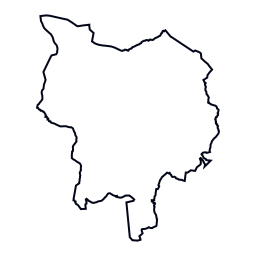 outline of Toro, Bauchi, Nigeria
{"feature_id": "59680162B15165581574851", "entity_name": "Toro", "entity_type": "district", "adm_level": 2, "iso_a3": "NGA", "parent_name": "Nigeria", "parent_adm1": "Bauchi", "projection": "natural_earth1", "projection_center": [9.239, 10.35], "detail": "fine", "context": "isolated", "style": "outline", "palette": "ink", "viewbox_px": 256, "rotation_deg": 0, "n_neighbors": 0, "source": "geoboundaries", "source_scale": "gbopen_adm2", "svg_char_len": 5658}
<svg xmlns="http://www.w3.org/2000/svg" viewBox="0 0 256 256"><path d="M50.4,121.3L50.6,121.5L50.8,122.4L51.3,122.7L54.2,123.5L56.2,124.5L56.8,124.8L60.3,126.4L65.8,126.2L69.5,127.3L71.0,127.2L71.8,127.6L72.9,128.4L74.2,131.8L75.0,133.0L75.4,135.2L76.6,137.3L76.3,140.3L76.4,141.6L73.6,145.2L72.9,146.5L73.0,150.4L72.7,151.3L72.1,151.5L72.1,152.2L71.8,155.2L71.9,158.2L73.4,159.4L74.9,160.2L77.6,162.2L78.7,162.6L79.1,163.0L80.2,163.8L81.1,165.9L80.8,168.1L80.9,170.3L79.8,172.5L79.9,174.2L80.3,175.5L80.0,176.8L80.0,177.6L79.7,178.9L79.5,181.5L79.1,182.4L79.2,183.3L76.0,185.5L73.6,198.9L73.5,200.3L74.4,200.4L75.1,201.9L75.6,201.8L75.6,203.3L75.9,203.8L78.0,205.1L80.9,209.1L85.8,208.8L85.5,206.2L85.4,205.6L85.3,204.9L85.4,204.7L85.5,204.6L85.5,204.3L86.0,203.7L86.4,203.6L86.3,203.1L86.5,202.8L86.6,201.9L86.3,201.4L86.2,200.7L86.0,200.2L86.2,199.8L85.9,199.3L86.0,199.2L86.4,199.2L86.6,198.9L87.5,199.6L89.1,201.1L89.6,201.4L90.5,201.6L91.2,202.2L92.1,202.7L93.2,202.8L94.4,202.8L95.8,202.3L96.5,202.2L98.4,201.3L99.5,201.2L101.7,200.7L103.8,198.8L105.2,197.1L106.2,196.4L107.2,194.7L108.0,193.7L109.0,193.3L109.8,193.2L112.5,194.8L113.0,195.2L115.1,196.0L116.8,195.9L116.5,196.9L120.4,197.7L122.2,197.3L125.7,195.5L129.3,195.5L132.1,197.6L134.2,199.5L133.5,200.8L126.4,202.4L129.8,237.2L132.4,240.2L137.5,240.6L140.5,239.8L140.5,239.1L139.4,236.2L142.6,233.4L141.7,230.7L141.7,229.6L142.1,229.1L145.0,228.9L147.3,228.2L148.8,227.2L150.1,227.9L152.2,228.1L153.4,227.2L156.2,226.1L156.5,225.4L157.1,219.1L156.6,218.6L156.6,217.9L156.0,214.8L154.6,212.6L154.1,210.4L154.2,210.1L154.1,209.4L154.2,208.2L154.6,207.1L154.2,206.9L154.2,206.4L154.1,206.2L154.0,205.6L154.4,204.9L154.5,204.8L154.6,204.4L154.9,204.1L154.7,203.9L154.9,203.3L154.7,202.8L153.4,203.1L153.1,201.7L152.6,201.5L151.8,201.4L151.8,200.1L152.1,200.1L152.7,200.3L153.2,200.2L153.8,200.3L154.2,200.2L154.2,198.8L154.4,198.3L154.5,196.9L154.7,196.2L155.4,195.5L155.6,194.5L155.6,193.2L156.0,191.1L156.2,189.1L157.9,189.0L159.1,186.6L159.2,186.1L158.4,185.2L159.1,183.3L160.0,180.2L161.1,178.8L161.8,177.3L166.2,173.5L166.8,172.8L167.3,172.7L167.8,172.8L168.6,173.4L169.2,173.3L169.7,172.9L169.9,173.2L169.8,173.8L171.2,174.9L171.2,175.5L172.4,177.0L174.5,176.7L175.5,177.3L175.8,178.2L176.9,178.7L177.1,178.6L177.8,178.8L178.8,179.6L182.0,179.9L182.8,180.4L184.7,181.0L185.8,172.5L187.6,172.6L190.8,170.3L195.1,170.9L196.9,167.2L199.6,165.2L200.7,164.1L200.8,163.4L200.8,161.0L200.1,159.3L199.9,158.7L200.6,158.0L201.1,158.3L203.5,161.3L203.4,161.8L205.1,164.5L204.6,166.6L210.7,160.6L206.3,160.1L206.1,159.3L203.8,158.0L202.1,154.5L201.7,154.6L201.5,154.2L201.7,153.8L202.3,153.4L202.9,152.7L205.0,152.3L206.2,152.4L206.4,152.8L207.1,152.8L210.0,152.0L209.6,150.5L209.8,149.2L210.2,148.3L210.4,147.4L210.5,146.3L210.6,144.8L210.7,144.4L211.4,143.0L211.9,141.2L214.4,138.1L215.6,137.2L217.4,134.9L218.4,133.6L218.9,131.9L218.8,131.4L218.9,131.1L218.5,130.7L218.5,129.7L217.6,127.9L217.6,127.6L217.8,127.2L217.9,126.0L217.6,125.9L217.5,125.5L217.2,125.4L217.0,124.8L217.1,124.3L216.0,123.7L215.8,123.1L216.1,122.7L216.0,121.5L215.7,121.4L215.6,119.7L215.5,119.3L215.7,119.0L215.7,118.7L215.4,118.7L215.9,117.2L216.7,117.1L217.2,116.2L217.4,115.5L217.9,115.2L217.9,114.5L218.1,114.2L218.1,113.5L218.0,113.0L217.7,112.9L218.2,111.8L218.5,110.5L218.5,109.6L218.1,109.2L217.1,108.6L216.8,107.2L216.5,106.9L216.4,106.4L215.3,105.6L214.3,105.5L213.2,105.0L211.2,104.5L210.9,104.1L209.8,103.6L209.4,103.3L209.2,102.8L208.4,102.9L208.1,102.4L208.4,100.4L208.3,99.5L208.8,97.8L208.6,97.1L207.5,95.1L206.7,94.5L206.3,91.9L206.1,91.3L205.4,90.3L205.4,88.1L205.8,87.4L205.9,86.7L205.7,86.3L205.4,85.9L205.0,84.9L205.0,84.0L205.5,83.5L205.6,83.0L204.7,82.7L204.7,82.2L203.4,80.0L207.2,77.6L207.5,75.2L209.6,72.3L212.1,69.6L209.4,66.3L207.8,64.0L204.8,61.5L201.4,58.4L200.9,53.5L199.5,52.3L195.2,50.5L193.4,51.6L171.0,36.7L170.7,36.7L165.4,30.3L164.9,30.7L164.5,30.8L164.2,31.2L163.4,30.8L162.6,31.1L162.5,31.5L162.4,32.3L161.9,33.1L161.3,33.3L161.2,33.6L161.2,33.8L160.9,34.2L160.6,34.8L160.5,35.3L160.2,35.6L159.7,36.0L159.0,36.2L158.0,36.9L155.1,38.2L153.6,39.4L153.4,39.7L152.2,40.0L151.9,39.8L150.8,39.8L150.0,39.5L149.8,39.6L149.5,40.1L149.0,40.1L148.6,40.3L148.4,40.7L147.5,40.2L147.2,40.2L146.9,40.0L146.6,40.0L145.6,40.4L145.3,40.7L144.1,40.7L143.7,41.0L142.5,41.5L141.4,42.3L141.1,43.2L140.1,43.7L139.5,43.8L139.1,44.4L138.3,44.6L137.9,44.9L137.3,44.9L136.2,45.6L135.7,45.7L134.3,46.6L133.1,46.9L132.3,47.6L132.2,47.5L131.5,48.4L131.2,48.6L130.9,48.5L130.6,48.6L129.9,49.1L129.1,49.4L128.5,50.5L128.0,50.2L127.7,50.5L127.5,50.4L126.7,50.2L126.5,49.9L125.9,49.8L125.7,49.8L125.1,49.6L124.5,50.2L122.6,50.6L122.2,50.9L121.0,50.6L114.9,47.7L111.4,46.5L106.2,45.8L102.8,45.5L98.4,44.7L95.3,43.6L92.0,41.4L93.6,33.0L89.8,29.6L89.2,25.5L89.3,24.7L82.6,25.5L79.0,26.1L77.7,26.2L77.1,26.1L71.7,22.3L67.4,19.6L65.6,19.3L49.6,15.7L45.9,15.4L40.4,16.1L41.0,21.0L42.5,24.0L43.0,25.6L44.2,28.1L46.5,30.4L51.0,34.4L52.5,36.9L52.9,38.0L53.5,40.3L54.2,42.3L56.7,45.4L57.5,48.2L57.3,50.6L57.0,52.9L56.1,54.3L51.6,55.4L51.1,56.1L43.4,72.0L45.6,79.9L43.9,84.9L43.5,88.8L42.1,90.3L41.8,91.5L41.7,92.3L41.7,93.5L42.3,95.4L42.4,99.1L41.4,100.7L40.0,102.3L38.9,104.0L37.8,104.7L37.2,106.8L37.1,107.8L38.3,108.1L38.7,109.1L39.5,109.7L40.2,109.8L40.2,110.1L40.6,110.7L41.2,110.6L42.1,110.9L42.7,111.5L43.5,111.5L45.6,114.5L45.7,115.0L45.6,115.5L45.5,115.9L45.8,116.1L45.7,116.4L46.0,116.4L46.3,116.2L46.6,116.5L46.0,117.0L46.5,117.1L46.8,117.6L47.4,118.2L47.6,118.5L48.1,118.4L48.3,118.7L48.2,119.3L47.9,119.6L48.3,119.7L48.6,120.0L48.9,121.1L49.4,121.4L50.4,121.3Z" fill="none" stroke="#020617" stroke-width="2"/></svg>